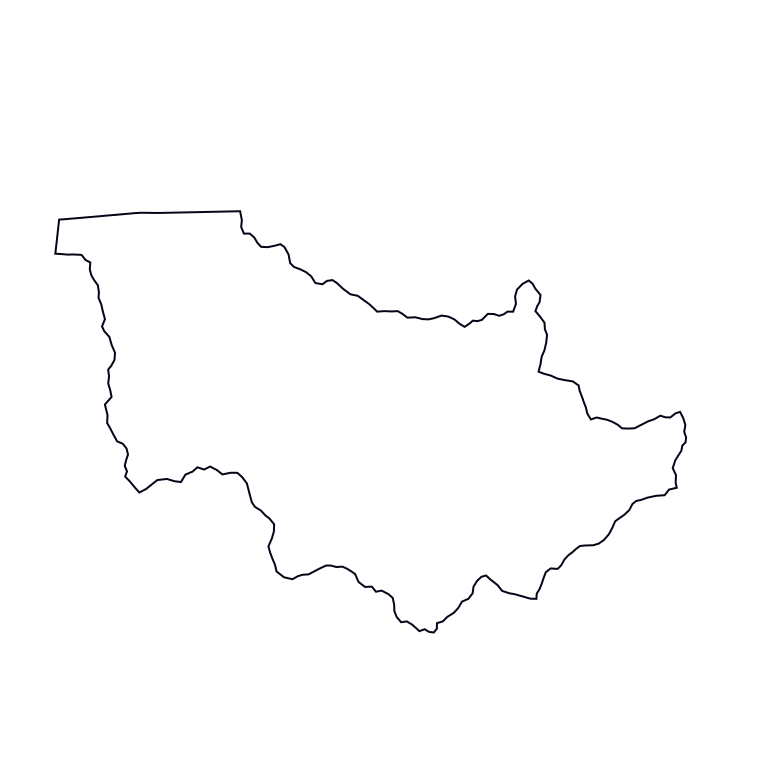 the district of Rio dos Cedros, Santa Catarina, Brazil, rotated 163°
{"feature_id": "56859067B85566328375653", "entity_name": "Rio dos Cedros", "entity_type": "district", "adm_level": 2, "iso_a3": "BRA", "parent_name": "Brazil", "parent_adm1": "Santa Catarina", "projection": "orthographic", "projection_center": [-49.385, -26.63], "detail": "fine", "context": "isolated", "style": "outline", "palette": "ink", "viewbox_px": 768, "rotation_deg": 163, "n_neighbors": 0, "source": "geoboundaries", "source_scale": "gbopen_adm2", "svg_char_len": 3526}
<svg xmlns="http://www.w3.org/2000/svg" viewBox="0 0 768 768"><g transform="rotate(163 384 384)"><path d="M471.1,591.3L549.7,613.5L566.0,618.7L572.1,620.2L623.8,631.2L641.9,635.1L646.6,636.2L660.2,604.7L654.3,602.5L648.6,600.2L642.9,598.6L635.5,595.9L633.2,589.9L629.3,586.1L631.8,579.8L632.1,573.6L630.9,568.3L628.8,562.1L629.8,555.1L631.8,549.9L631.1,542.6L631.6,536.6L631.9,527.6L636.8,521.5L636.1,516.3L632.9,509.4L633.0,500.8L632.1,492.5L634.7,485.8L639.6,481.1L643.6,478.4L644.6,472.0L647.6,465.1L647.6,458.5L648.3,451.3L656.9,446.0L657.5,435.0L660.2,427.7L659.0,422.7L657.6,415.0L656.0,407.2L651.3,403.3L649.1,397.7L649.4,391.4L652.8,386.7L655.9,381.4L655.3,375.6L658.6,371.2L655.3,364.6L652.4,357.6L649.7,351.8L642.0,353.2L636.6,355.4L628.9,358.4L619.4,356.7L612.8,352.3L606.9,349.6L600.4,355.4L592.7,356.2L586.8,358.9L581.0,354.8L574.4,355.9L569.0,350.6L565.0,344.8L556.3,343.9L550.2,341.9L546.9,336.5L544.2,329.0L544.7,317.9L545.0,309.6L543.3,304.1L538.8,299.1L535.8,292.9L532.8,288.8L530.1,281.9L532.4,275.2L536.5,268.9L542.0,262.5L542.2,256.1L541.8,250.1L541.1,242.7L541.6,236.2L536.1,228.4L528.6,224.1L522.5,225.4L517.8,225.4L511.8,224.0L505.6,225.2L499.2,226.4L492.4,227.3L488.0,226.0L483.1,222.9L477.2,221.5L473.6,218.4L470.4,214.8L467.2,210.7L466.2,202.1L461.5,195.5L454.9,193.8L452.4,187.7L446.7,187.1L441.3,181.9L438.2,176.9L438.8,170.0L440.5,163.9L440.0,157.6L437.3,151.2L431.6,150.3L427.6,145.9L424.9,141.5L422.4,137.3L416.8,137.6L413.3,133.7L409.0,131.8L405.0,134.5L403.3,139.8L397.1,139.8L391.6,142.8L384.0,144.8L378.5,148.1L373.0,153.1L366.1,153.9L360.4,158.0L357.7,163.9L352.7,168.4L347.3,171.1L342.4,171.1L339.3,165.8L334.2,158.5L331.5,151.6L325.3,147.2L321.0,145.1L314.9,141.2L306.8,135.9L301.1,134.0L299.2,138.9L295.3,142.3L291.5,147.0L287.8,152.2L284.3,156.7L278.6,158.9L272.0,156.4L267.7,158.7L262.8,163.4L257.6,166.4L252.9,168.1L248.4,170.2L243.9,171.8L238.2,170.6L231.0,168.6L225.3,168.6L219.2,170.6L212.7,174.7L208.0,179.4L203.1,185.1L197.7,187.0L192.6,188.6L186.3,191.7L181.5,196.6L177.0,198.4L171.6,198.0L165.2,198.3L156.4,197.5L148.1,195.6L142.3,199.7L134.4,199.2L133.9,204.5L131.4,211.5L132.5,219.1L127.8,225.8L123.1,229.9L119.1,233.3L116.7,237.9L112.7,240.0L110.7,244.6L110.9,250.5L107.8,256.6L107.8,263.7L109.0,270.8L113.9,270.7L119.9,268.3L124.7,269.9L129.0,272.9L135.8,271.3L142.2,271.1L151.3,269.5L157.3,268.4L163.6,270.0L169.3,272.0L172.4,276.7L176.4,280.8L181.0,284.5L185.6,287.0L190.5,289.8L196.5,289.6L198.2,296.3L197.8,302.7L198.2,308.0L198.4,313.8L198.9,320.4L198.3,325.7L202.7,331.3L209.9,334.8L216.5,338.4L222.3,343.5L228.0,347.0L232.6,350.6L228.5,357.3L225.3,363.9L220.8,369.2L216.8,376.1L213.7,383.3L214.1,389.4L212.6,395.8L215.1,402.9L217.9,409.4L214.7,413.7L211.2,416.9L208.3,423.4L211.5,431.2L212.6,436.5L215.4,440.7L222.3,439.2L229.2,435.4L233.0,429.5L234.4,422.0L239.4,415.4L244.7,417.1L249.4,415.6L254.0,415.6L258.3,418.7L264.2,420.7L271.6,416.7L276.3,416.8L280.5,418.6L284.8,416.7L290.2,415.1L294.1,419.5L297.9,425.3L302.8,429.7L309.0,432.6L316.9,432.3L322.6,432.8L328.1,434.8L334.7,438.7L342.2,440.6L346.1,446.0L349.6,449.7L355.3,451.1L362.4,453.6L369.4,455.2L372.4,460.7L375.1,465.2L378.8,470.0L383.3,476.0L389.9,479.6L395.3,487.0L399.3,494.0L402.8,498.4L408.4,499.3L413.7,497.4L420.1,500.6L422.1,508.2L425.8,513.7L430.5,518.1L435.9,522.3L438.4,527.0L437.4,535.8L439.2,544.1L442.2,548.0L448.8,548.2L455.3,548.9L461.4,551.1L463.8,556.0L465.2,561.9L468.4,567.1L474.0,568.8L474.7,575.8L472.0,582.3L471.1,591.3Z" fill="none" stroke="#020617" stroke-width="2"/></g></svg>